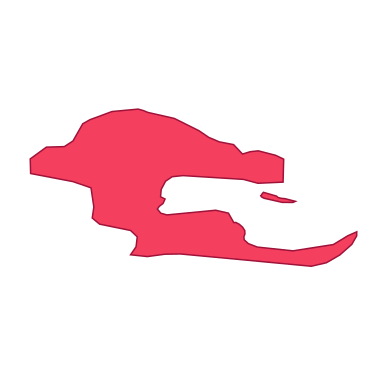 the Federal City of City of St. Petersburg, rotated 171°
{"feature_id": "RUS-2337", "entity_name": "City of St. Petersburg", "entity_type": "Federal City", "adm_level": 1, "iso_a3": "RUS", "parent_name": "Russia", "parent_adm1": "", "projection": "equal_earth", "projection_center": [30.014, 59.935], "detail": "fine", "context": "isolated", "style": "filled", "palette": "rose", "viewbox_px": 384, "rotation_deg": 171, "n_neighbors": 0, "source": "natural_earth", "source_scale": "10m", "svg_char_len": 1169}
<svg xmlns="http://www.w3.org/2000/svg" viewBox="0 0 384 384"><g transform="rotate(171 192 192)"><path d="M100.5,187.5L125.5,190.3L139.2,196.4L198.3,209.6L209.2,210.2L216.4,206.8L222.0,199.4L223.8,192.2L219.7,189.3L222.4,185.2L226.5,183.0L228.9,180.6L226.2,176.0L220.4,173.3L171.5,170.3L159.3,165.4L155.5,155.2L153.5,155.1L150.4,152.8L147.5,149.3L145.9,145.6L146.3,142.2L147.8,139.6L147.9,136.6L144.4,132.2L136.1,127.4L101.6,118.1L60.6,118.0L45.0,124.4L35.5,126.9L36.2,122.9L42.3,115.3L55.8,106.7L70.3,101.1L85.8,100.0L213.1,132.6L228.5,134.8L246.2,135.2L262.5,139.6L255.8,146.7L253.1,156.3L258.7,163.6L288.3,174.7L294.6,181.9L291.3,192.5L291.1,211.9L308.0,220.9L348.5,235.5L346.6,250.0L328.8,259.1L311.0,256.8L301.6,261.0L289.2,276.5L281.4,279.4L258.4,284.0L232.2,282.3L227.4,280.1L223.1,277.5L197.9,267.4L175.5,251.4L167.0,243.4L157.3,237.3L143.5,232.3L136.2,221.6L128.1,222.7L120.1,222.3L103.7,215.2L96.3,210.1L100.5,187.5ZM122.6,175.1L124.2,176.4L124.7,177.6L123.8,178.2L122.8,179.5L121.5,180.5L109.1,174.7L108.0,173.2L105.1,171.9L101.0,170.8L91.3,166.6L93.9,165.9L104.4,167.6L121.7,174.5L122.6,175.1Z" fill="#f43f5e" stroke="#9f1239" stroke-width="1.5"/></g></svg>